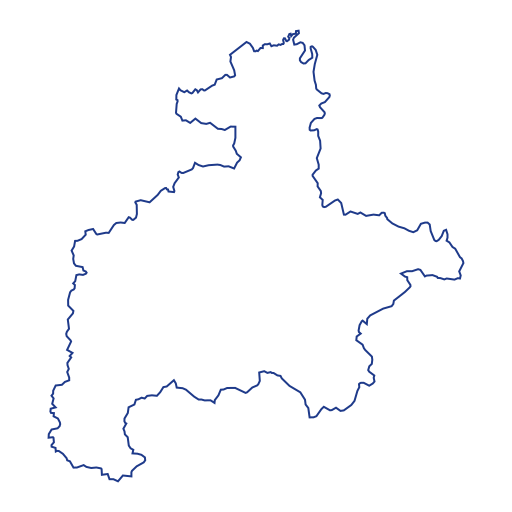 Van Quan, Lạng Sơn, Vietnam (Albers equal-area conic projection)
{"feature_id": "81297802B89235073975729", "entity_name": "Van Quan", "entity_type": "district", "adm_level": 2, "iso_a3": "VNM", "parent_name": "Vietnam", "parent_adm1": "Lạng Sơn", "projection": "albers", "projection_center": [106.543, 21.85], "detail": "fine", "context": "isolated", "style": "outline", "palette": "blue", "viewbox_px": 512, "rotation_deg": 0, "n_neighbors": 0, "source": "geoboundaries", "source_scale": "gbopen_adm2", "svg_char_len": 5933}
<svg xmlns="http://www.w3.org/2000/svg" viewBox="0 0 512 512"><path d="M53.2,390.7L53.1,393.7L51.5,395.7L53.6,398.4L52.2,403.8L55.6,407.4L50.7,408.7L50.4,411.5L51.0,412.9L53.9,413.1L53.6,416.3L57.9,418.5L59.9,422.4L60.2,424.1L59.6,426.2L57.6,428.3L51.6,429.5L48.8,434.1L48.6,437.7L52.9,437.2L53.5,437.8L53.9,442.3L51.5,445.1L51.6,446.7L55.5,447.9L55.8,451.5L56.9,450.9L58.8,451.0L62.9,453.8L66.6,458.2L67.2,460.3L69.9,461.3L73.5,467.6L77.0,467.5L83.6,465.1L86.4,466.9L91.2,468.0L96.4,467.5L101.0,468.4L101.6,469.1L101.9,474.8L107.7,474.0L109.5,479.2L113.4,479.2L118.0,481.3L122.9,475.5L131.4,476.4L131.4,472.2L132.0,470.8L136.7,466.3L143.7,462.4L145.2,460.3L144.9,457.4L141.4,454.8L137.4,453.7L132.5,453.4L133.3,449.8L130.6,448.3L128.8,445.6L127.7,437.2L124.9,434.4L124.5,431.4L123.4,428.7L126.3,423.5L125.2,422.9L124.4,421.2L124.5,418.5L127.8,413.0L128.6,407.3L134.4,404.5L135.9,399.8L138.4,399.3L141.6,397.7L144.7,398.5L147.2,395.9L151.9,395.3L156.9,395.8L160.2,392.2L163.4,387.1L166.7,386.5L173.9,380.2L175.8,383.4L176.7,387.6L182.6,388.2L186.0,389.7L194.1,396.6L198.6,399.5L201.4,399.5L204.6,400.4L210.5,400.3L214.5,402.9L214.8,400.1L218.4,395.4L220.8,389.7L223.6,389.5L227.1,388.0L235.1,387.9L245.6,392.9L247.1,392.3L252.3,387.5L257.2,385.4L258.3,384.2L259.8,380.9L259.2,372.5L264.2,371.2L267.4,372.9L270.7,372.1L271.6,372.9L273.6,373.0L277.4,375.4L280.5,375.9L281.8,378.4L289.5,385.9L300.3,392.3L305.0,399.7L305.6,404.5L308.3,408.0L309.6,417.4L313.6,417.3L316.4,416.2L321.4,409.1L323.8,406.8L330.0,410.3L331.8,410.1L336.0,407.7L340.5,410.9L343.8,410.4L351.3,405.0L354.5,400.9L357.4,390.9L359.3,387.2L359.0,384.1L359.7,383.4L360.9,382.8L363.7,382.8L369.2,385.7L372.8,383.5L374.5,381.5L373.7,377.8L374.3,375.5L369.2,371.7L368.2,370.1L369.3,366.3L371.8,363.9L372.3,359.7L371.9,356.6L365.2,350.0L363.9,348.2L362.6,344.7L356.3,340.2L356.7,336.5L360.7,333.6L358.9,332.0L358.6,330.5L359.6,325.1L361.8,321.2L362.6,320.6L366.8,324.1L367.3,318.7L370.2,315.4L383.2,308.6L391.6,306.2L393.3,304.0L393.9,300.6L404.9,292.0L409.8,287.3L410.5,286.3L410.4,284.9L407.3,280.2L407.2,277.2L405.0,276.6L401.0,273.6L406.9,271.2L412.1,271.2L418.1,269.2L420.4,269.9L424.9,276.4L426.5,275.6L432.5,275.1L437.1,276.8L437.7,277.9L440.4,278.1L444.3,279.4L446.7,278.5L454.5,279.6L457.8,278.2L460.0,278.5L460.7,275.4L459.2,271.4L463.4,263.1L463.0,261.1L461.6,258.4L460.0,257.2L455.2,248.7L452.5,247.0L449.4,242.4L446.6,240.7L447.5,237.7L447.5,234.3L446.1,229.8L443.8,230.8L441.7,236.1L438.7,239.9L436.6,241.2L435.5,241.0L434.3,240.0L430.7,231.1L429.7,224.5L427.6,222.6L425.0,222.6L420.9,223.8L417.2,230.3L413.3,232.2L409.0,230.8L404.4,228.3L398.5,226.6L392.3,223.4L387.3,219.2L387.1,218.0L385.3,215.7L384.8,213.2L383.8,212.7L381.7,212.8L379.2,215.3L373.5,214.6L366.1,215.9L360.4,212.5L357.7,213.9L350.5,211.5L345.5,214.7L343.9,214.6L341.2,203.0L337.8,199.5L335.0,200.5L325.8,206.8L324.1,207.1L322.8,206.5L322.3,205.0L322.7,199.9L319.9,197.3L321.1,193.2L320.8,191.0L317.6,186.4L317.7,183.2L312.6,175.9L312.6,174.7L315.9,170.5L318.7,168.6L318.7,164.7L316.8,158.1L320.6,148.5L320.1,140.7L318.2,135.9L318.2,131.6L317.6,129.5L316.8,129.1L314.1,130.3L310.6,130.5L309.7,129.8L309.6,127.6L310.9,122.9L314.5,118.9L317.0,118.0L321.3,118.1L322.3,117.8L324.3,115.0L324.8,113.7L324.6,112.3L320.0,107.2L319.3,105.5L321.3,103.5L324.9,102.1L329.4,97.0L329.8,95.5L329.5,94.2L327.5,93.2L325.8,93.0L323.5,93.9L321.5,93.3L316.7,89.4L316.2,88.4L315.9,84.8L314.6,80.7L313.5,71.8L314.8,64.0L317.3,54.8L315.7,49.9L312.8,46.7L312.0,46.3L310.7,46.8L310.6,48.3L312.2,54.0L312.3,57.7L308.7,60.0L305.5,63.3L303.5,63.5L301.1,62.1L299.9,60.3L299.9,58.3L305.0,50.5L304.5,45.3L302.7,42.9L300.4,42.3L296.8,44.2L294.3,44.6L293.1,39.7L293.9,37.7L298.9,33.2L298.6,30.7L296.0,31.1L295.9,33.6L292.8,34.2L291.2,36.1L290.6,33.7L289.4,34.0L288.2,36.7L289.3,38.1L289.1,39.6L287.1,41.2L286.4,41.1L284.9,38.3L283.9,38.3L283.1,40.0L283.8,43.0L283.3,44.0L281.8,44.1L280.6,44.9L278.7,44.4L277.1,45.7L273.8,45.3L271.4,46.2L269.8,43.5L267.2,44.3L264.8,44.2L262.8,45.5L262.8,48.1L260.5,48.0L257.9,51.1L256.6,50.6L255.6,51.3L254.1,51.2L252.9,47.9L249.9,43.7L246.5,42.0L230.0,54.8L231.0,57.0L230.4,61.5L234.2,70.3L235.1,75.3L234.2,76.4L230.0,77.5L227.0,74.9L225.3,74.9L221.9,78.2L216.7,79.5L214.7,84.7L212.2,85.6L205.0,90.4L204.1,90.5L202.3,89.2L200.6,89.4L198.0,92.4L196.8,90.2L195.3,89.3L192.4,93.0L191.4,93.4L189.0,92.3L187.1,90.5L184.3,92.2L180.5,90.3L179.0,88.5L176.4,95.0L176.3,99.5L177.5,100.1L177.6,101.4L176.7,103.9L176.0,112.8L176.5,113.8L180.8,116.7L182.4,120.6L185.9,120.3L190.2,122.9L195.4,118.6L201.2,123.1L206.3,123.9L210.1,122.8L217.9,128.8L221.6,129.0L224.8,130.0L230.6,126.6L235.4,126.7L235.4,137.9L234.2,143.5L233.1,145.4L233.2,146.6L235.8,150.8L236.8,153.8L240.9,157.3L239.6,160.3L237.1,162.6L234.1,168.5L228.6,166.3L224.1,166.6L220.3,165.0L217.4,164.6L208.7,165.2L203.0,166.5L198.5,165.0L195.0,162.8L193.0,168.1L191.8,169.4L183.2,173.0L181.5,172.9L179.4,171.5L178.4,172.1L177.7,174.5L178.8,177.5L174.6,183.2L173.2,186.9L174.4,191.0L174.0,192.1L168.5,191.5L168.0,189.5L166.9,189.4L166.1,188.0L165.0,188.1L160.8,190.8L157.7,194.9L149.6,202.3L140.7,200.2L135.6,201.6L135.3,202.4L136.7,204.8L136.9,214.0L136.0,217.6L133.3,219.9L132.3,219.9L129.9,217.6L128.7,217.2L124.7,223.0L120.6,222.5L116.3,223.0L113.9,225.0L108.7,232.9L106.0,232.7L97.2,234.5L96.3,234.0L93.1,229.0L88.5,230.0L85.3,231.3L85.7,234.7L81.6,239.1L77.5,240.8L75.1,240.9L74.1,246.5L71.6,250.6L73.7,255.4L73.2,258.9L74.0,263.4L75.9,265.8L82.6,267.1L83.4,270.5L85.8,271.5L86.6,272.7L85.9,273.7L83.0,274.9L79.2,274.4L76.4,275.1L75.2,281.2L73.2,283.4L74.9,285.0L74.6,288.3L73.7,289.5L71.4,290.6L70.1,292.3L68.1,299.9L68.2,305.6L73.4,310.9L72.9,313.4L67.8,319.5L69.0,328.8L66.9,331.7L66.2,333.9L66.7,336.2L70.6,340.4L71.1,341.5L67.1,349.9L72.5,352.9L69.7,356.0L71.2,357.4L67.4,362.9L67.5,365.1L68.8,368.9L67.2,372.0L69.2,377.6L69.2,380.3L64.9,381.9L61.9,384.8L55.7,385.5L53.2,390.7Z" fill="none" stroke="#1e3a8a" stroke-width="2"/></svg>